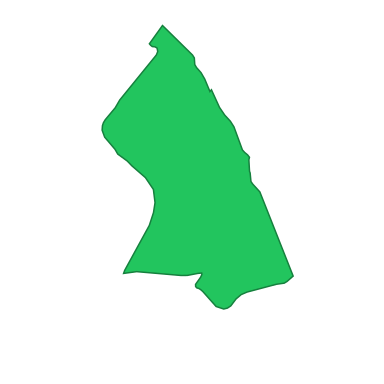 the Special region of Yogyakarta, rotated 221°
{"feature_id": "IDN-540", "entity_name": "Yogyakarta", "entity_type": "Special region", "adm_level": 1, "iso_a3": "IDN", "parent_name": "Indonesia", "parent_adm1": "", "projection": "albers", "projection_center": [110.472, -7.88], "detail": "fine", "context": "isolated", "style": "filled", "palette": "green", "viewbox_px": 384, "rotation_deg": 221, "n_neighbors": 0, "source": "natural_earth", "source_scale": "10m", "svg_char_len": 1045}
<svg xmlns="http://www.w3.org/2000/svg" viewBox="0 0 384 384"><g transform="rotate(221 192 192)"><path d="M323.5,298.3L281.4,295.7L278.2,294.7L273.5,290.0L270.3,288.9L263.5,288.0L256.5,285.6L244.4,279.6L244.4,281.9L226.8,273.9L217.7,271.5L209.5,270.6L203.1,268.7L181.5,256.8L178.1,256.4L174.4,256.5L171.4,255.9L170.2,253.6L162.2,245.4L160.6,244.5L154.4,238.6L151.3,237.8L140.9,236.6L60.5,194.9L61.6,186.8L62.6,183.7L67.8,177.7L84.8,152.6L87.6,146.8L88.6,140.2L88.0,131.5L89.1,127.6L91.3,124.5L98.7,121.4L118.6,124.0L121.4,124.0L123.5,123.7L125.4,122.8L127.2,123.0L128.7,124.6L129.6,133.4L130.4,136.2L131.5,137.2L134.2,134.4L140.8,126.0L145.4,121.9L181.5,95.6L190.2,85.7L191.4,88.7L202.3,138.8L207.5,151.1L212.9,159.7L222.8,168.6L236.6,172.3L254.5,172.3L261.2,172.9L272.9,171.9L278.1,173.7L293.9,176.1L300.4,179.7L303.1,183.3L304.3,186.2L304.9,189.7L305.2,205.2L306.9,214.1L308.8,272.0L310.0,275.5L312.8,277.7L315.1,277.3L317.4,275.7L319.5,275.6L321.4,275.9L323.5,298.2L323.5,298.3Z" fill="#22c55e" stroke="#15803d" stroke-width="1.5"/></g></svg>